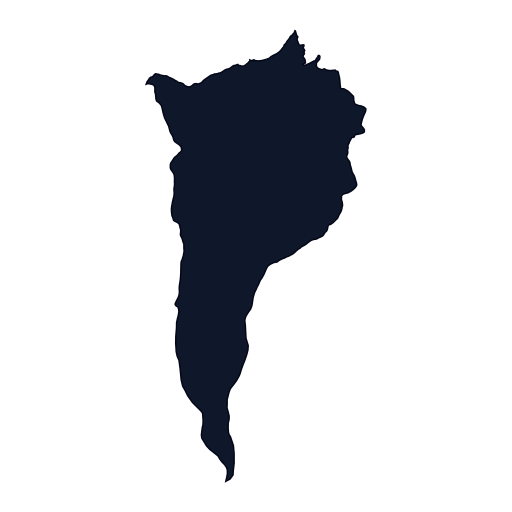 outline of Nariño, Nariño, Colombia
{"feature_id": "7082276B37445492905123", "entity_name": "Nariño", "entity_type": "district", "adm_level": 2, "iso_a3": "COL", "parent_name": "Colombia", "parent_adm1": "Nariño", "projection": "mercator", "projection_center": [-77.354, 1.269], "detail": "fine", "context": "isolated", "style": "filled", "palette": "ink", "viewbox_px": 512, "rotation_deg": 0, "n_neighbors": 0, "source": "geoboundaries", "source_scale": "gbopen_adm2", "svg_char_len": 5894}
<svg xmlns="http://www.w3.org/2000/svg" viewBox="0 0 512 512"><path d="M225.8,481.3L230.1,479.0L233.0,475.0L233.2,471.4L234.1,463.3L234.1,453.5L233.4,445.6L230.5,436.9L228.8,434.1L228.4,431.6L228.1,427.9L228.2,424.7L228.2,423.0L228.8,420.7L229.1,418.7L229.1,415.6L228.8,415.0L228.4,412.8L227.0,407.9L227.2,402.3L227.1,399.8L228.9,392.6L230.1,389.2L231.2,387.6L234.1,383.9L236.5,380.6L239.3,375.6L240.3,372.9L241.1,370.1L243.1,364.5L244.5,361.1L246.7,354.7L247.9,350.1L248.2,345.6L246.0,338.3L245.3,325.1L244.8,321.0L245.0,319.0L245.9,316.2L248.5,312.0L250.5,309.3L251.7,306.2L252.2,303.9L253.1,297.6L254.5,292.7L256.0,289.7L257.2,286.8L258.4,284.7L260.1,280.6L262.3,277.3L264.0,274.2L266.4,268.6L267.7,266.2L270.4,264.2L273.7,262.6L277.3,261.9L278.8,260.6L281.5,259.1L284.9,257.8L286.2,257.0L289.2,255.9L290.4,255.1L291.9,254.5L294.3,252.8L295.9,251.2L298.5,249.0L300.0,248.2L300.8,247.4L302.3,246.3L303.7,245.7L306.9,243.6L307.5,242.9L310.9,240.5L313.4,239.5L315.7,239.2L316.9,238.8L319.2,237.5L320.4,237.1L322.5,236.0L323.2,235.4L325.1,232.3L326.1,231.5L326.8,230.7L327.4,229.2L328.1,225.6L328.7,225.0L329.5,224.6L330.6,224.4L333.4,222.4L336.2,219.5L337.4,218.5L338.7,215.7L339.3,214.3L340.3,212.9L340.7,211.9L341.2,211.0L341.6,209.8L342.2,206.6L342.6,205.3L342.2,202.3L341.5,199.9L341.4,199.2L341.5,196.1L342.2,195.0L343.1,194.2L345.5,193.4L348.0,192.8L351.3,191.0L353.3,189.4L355.1,187.7L355.3,187.2L355.8,186.8L356.3,186.0L356.6,185.3L356.7,184.2L356.0,181.5L355.5,180.1L355.5,179.6L355.2,178.7L354.4,176.1L352.2,172.2L350.7,166.3L350.2,165.1L350.2,164.4L349.8,162.2L349.6,162.0L349.3,161.2L347.4,158.7L346.6,157.1L346.7,156.1L347.7,153.3L347.8,151.7L347.5,150.2L348.1,147.8L347.9,145.9L348.2,144.7L349.1,143.1L349.5,141.5L350.0,140.8L351.7,137.5L353.3,137.4L354.2,136.9L355.1,134.7L356.7,134.5L360.6,133.7L362.7,133.0L363.9,132.4L364.4,131.5L364.4,129.8L363.4,128.1L361.8,126.4L361.0,124.8L361.4,122.7L362.2,119.7L363.1,117.0L365.5,111.5L365.8,110.0L365.8,108.6L363.5,106.8L360.8,105.9L358.1,105.4L356.5,104.6L355.1,104.2L354.3,102.6L353.7,99.8L353.7,98.0L353.4,96.3L348.5,91.5L346.9,90.5L343.9,88.8L340.8,88.7L340.7,88.6L340.1,84.5L339.9,80.9L339.7,79.9L339.7,79.2L339.5,77.8L338.5,73.7L338.4,72.8L337.8,71.4L336.2,71.1L335.2,70.1L334.3,70.2L329.8,70.6L326.5,70.0L324.3,68.8L323.9,68.9L322.5,69.6L321.6,69.6L318.5,68.6L317.0,67.3L316.4,66.2L316.4,63.4L316.5,62.8L319.5,59.3L319.8,58.0L319.9,56.6L319.8,56.1L319.5,55.7L318.8,55.4L318.2,55.6L317.7,56.9L315.9,59.4L315.5,60.4L315.2,60.7L313.7,61.1L309.1,63.6L306.7,64.5L305.4,65.3L304.0,65.4L303.5,65.2L302.9,64.8L302.8,64.5L302.9,64.0L304.7,63.5L305.3,62.9L305.4,62.1L305.0,59.7L304.8,59.2L303.1,56.8L303.0,56.5L303.0,56.1L303.2,55.7L303.8,54.6L304.2,54.1L304.4,53.6L304.0,52.4L304.1,51.7L304.7,50.5L304.6,50.2L303.6,48.6L303.2,47.8L303.4,47.2L303.9,46.0L304.0,45.2L303.8,44.9L303.2,44.8L300.3,45.3L299.3,45.0L298.9,44.5L297.1,39.9L297.1,39.2L297.8,36.7L297.6,36.4L296.7,35.6L295.4,31.0L295.0,30.7L294.3,32.3L294.3,32.9L293.3,33.6L292.6,34.8L291.6,35.4L290.3,36.5L289.6,38.0L288.4,39.7L287.1,41.2L286.1,43.0L285.7,43.6L284.3,44.8L283.7,46.7L283.4,47.1L282.4,48.2L280.8,50.4L279.0,52.1L277.3,53.3L276.2,54.0L274.8,54.6L272.6,55.7L272.2,56.1L271.3,56.4L269.5,58.0L268.9,58.3L267.6,58.9L262.5,60.4L259.2,60.9L256.6,60.8L255.8,60.6L254.2,60.9L254.0,60.6L254.3,60.0L253.9,59.8L252.5,60.3L252.2,60.7L251.9,60.8L249.9,60.0L250.0,60.4L249.9,60.6L249.6,61.2L249.0,61.6L249.0,62.2L247.1,63.6L245.9,64.7L244.8,65.4L244.6,65.7L244.2,65.9L242.3,66.1L241.5,66.1L240.2,65.6L239.4,65.5L238.5,65.6L238.2,65.5L238.2,65.1L238.0,64.5L237.8,64.5L237.1,64.6L235.9,65.2L234.5,65.4L233.7,65.6L232.9,66.0L230.0,68.2L228.3,68.9L226.8,69.2L225.7,69.6L224.3,70.4L222.7,71.6L220.5,72.8L219.9,73.0L218.7,73.1L217.7,73.6L217.3,73.7L215.3,74.0L214.6,73.9L213.2,74.7L212.0,74.9L210.6,75.4L204.0,80.0L202.2,81.8L201.9,82.5L198.9,83.8L197.8,84.0L196.4,83.6L195.1,83.7L193.7,84.1L191.9,85.8L189.9,86.8L187.8,86.8L185.0,85.7L183.0,83.7L182.4,83.4L180.3,82.7L178.4,82.5L176.5,81.0L176.1,81.0L173.7,79.5L171.5,78.3L169.1,77.4L167.1,76.1L166.0,75.8L164.6,75.9L161.0,75.2L159.6,74.8L158.4,74.2L156.8,74.1L155.9,73.7L155.2,74.0L154.3,74.6L153.7,75.6L152.4,76.7L151.9,77.0L151.0,77.1L150.4,77.4L149.2,78.6L148.8,79.4L147.1,81.7L146.2,84.2L147.3,83.8L148.3,83.7L149.4,83.8L151.9,84.3L153.0,84.7L153.8,85.3L154.5,86.3L154.8,87.1L154.9,88.2L154.9,92.2L155.5,93.9L155.8,96.6L155.9,98.7L156.4,100.4L156.6,101.0L159.2,102.9L160.4,104.3L161.3,105.6L161.7,106.4L163.2,113.1L164.5,117.6L168.7,126.3L170.0,131.4L170.6,132.7L172.4,135.7L173.1,137.3L173.8,140.1L174.5,141.3L175.1,141.9L179.5,145.0L180.6,146.3L181.2,147.0L181.6,149.5L181.6,150.4L181.3,151.0L180.5,152.0L178.8,153.3L177.8,154.7L177.1,155.4L174.4,157.6L170.9,162.9L170.4,164.4L170.3,165.9L170.3,167.6L170.7,169.2L173.5,173.2L174.2,174.9L174.5,177.8L174.5,181.5L174.4,182.3L174.6,183.6L174.3,186.7L174.0,188.4L174.0,190.6L174.2,192.4L174.0,195.7L172.6,201.4L171.7,206.4L171.4,208.7L171.5,212.0L171.9,215.1L172.3,216.5L173.1,218.6L173.6,220.3L174.4,221.0L177.3,222.4L178.3,223.2L179.5,224.5L179.6,225.7L180.8,230.3L180.4,234.7L180.8,236.1L181.7,237.6L182.4,239.5L182.8,241.1L183.9,244.3L183.9,247.7L184.1,252.0L183.7,253.3L183.4,255.6L181.9,260.2L181.2,261.7L181.0,263.7L180.8,272.8L180.5,277.6L180.1,281.2L179.3,286.2L179.2,288.2L179.4,291.5L179.3,293.3L179.0,295.2L178.3,297.3L176.1,301.6L175.2,303.7L175.2,304.6L175.8,305.6L178.0,307.1L178.6,309.2L178.9,311.6L178.2,315.8L177.4,318.8L176.6,322.6L176.5,328.1L175.8,336.7L175.7,343.3L176.1,349.3L176.2,351.6L177.2,356.2L179.0,360.3L180.1,368.5L181.2,379.9L182.7,386.2L185.3,390.8L187.7,395.7L192.5,402.5L201.0,411.0L202.6,413.2L203.1,420.1L203.0,424.6L202.3,427.4L201.4,434.9L201.8,438.1L206.6,446.0L209.9,449.5L218.0,455.9L219.9,459.2L222.1,462.1L224.4,464.4L226.3,467.1L227.3,469.8L227.4,473.5L226.8,477.0L225.8,481.3Z" fill="#0f172a" stroke="#020617" stroke-width="1.5"/></svg>